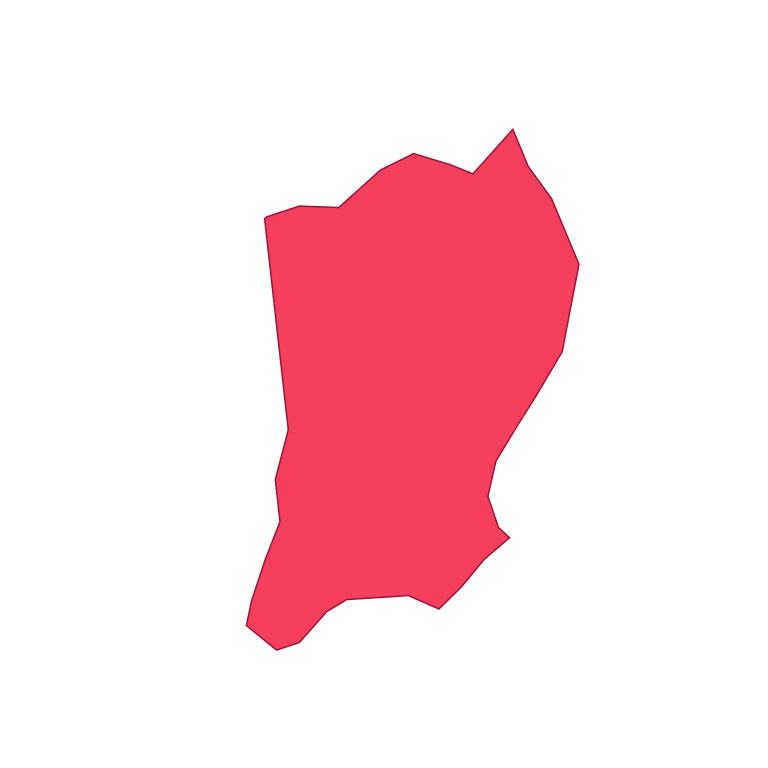 Gwangmyeong-si, Gyeonggi, South Korea (Equal Earth projection), rotated 208°
{"feature_id": "91817680B3942656644244", "entity_name": "Gwangmyeong-si", "entity_type": "district", "adm_level": 2, "iso_a3": "KOR", "parent_name": "South Korea", "parent_adm1": "Gyeonggi", "projection": "equal_earth", "projection_center": [126.869, 37.436], "detail": "fine", "context": "isolated", "style": "filled", "palette": "rose", "viewbox_px": 768, "rotation_deg": 208, "n_neighbors": 0, "source": "geoboundaries", "source_scale": "gbopen_adm2", "svg_char_len": 602}
<svg xmlns="http://www.w3.org/2000/svg" viewBox="0 0 768 768"><g transform="rotate(208 384 384)"><path d="M389.8,669.4L404.1,611.3L428.0,608.8L466.1,601.3L487.6,571.3L506.7,518.7L542.5,501.2L566.3,476.2L567.0,473.9L447.0,298.6L435.1,248.6L411.2,213.6L406.5,173.6L399.3,131.1L392.7,108.1L392.1,106.1L354.0,98.6L337.3,116.1L327.7,156.1L315.8,176.1L275.3,201.1L263.3,208.6L229.9,211.1L220.4,241.1L213.2,276.1L201.0,307.2L215.6,311.1L239.5,333.6L249.0,368.6L246.6,411.1L244.2,443.6L241.8,496.2L268.1,581.3L323.0,626.3L358.8,643.8L389.8,669.4Z" fill="#f43f5e" stroke="#9f1239" stroke-width="1.5"/></g></svg>